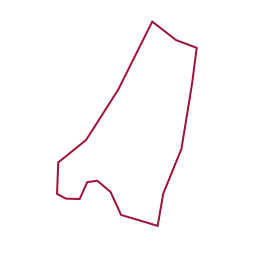 the Metropolitan Borough of Newcastle upon Tyne, rotated 261°
{"feature_id": "GBR-5661", "entity_name": "Newcastle upon Tyne", "entity_type": "Metropolitan Borough", "adm_level": 1, "iso_a3": "GBR", "parent_name": "United Kingdom", "parent_adm1": "", "projection": "orthographic", "projection_center": [-1.647, 55.013], "detail": "fine", "context": "isolated", "style": "outline", "palette": "rose", "viewbox_px": 256, "rotation_deg": 261, "n_neighbors": 0, "source": "natural_earth", "source_scale": "10m", "svg_char_len": 363}
<svg xmlns="http://www.w3.org/2000/svg" viewBox="0 0 256 256"><g transform="rotate(261 128 128)"><path d="M74.0,47.6L104.9,53.7L122.7,84.7L167.5,124.4L229.3,168.6L207.3,189.2L196.4,208.4L161.7,198.2L99.0,177.5L57.6,152.5L26.7,142.0L43.2,107.6L67.5,100.8L80.7,89.5L80.9,79.3L65.4,69.1L68.0,55.5L74.0,47.6Z" fill="none" stroke="#9f1239" stroke-width="2"/></g></svg>